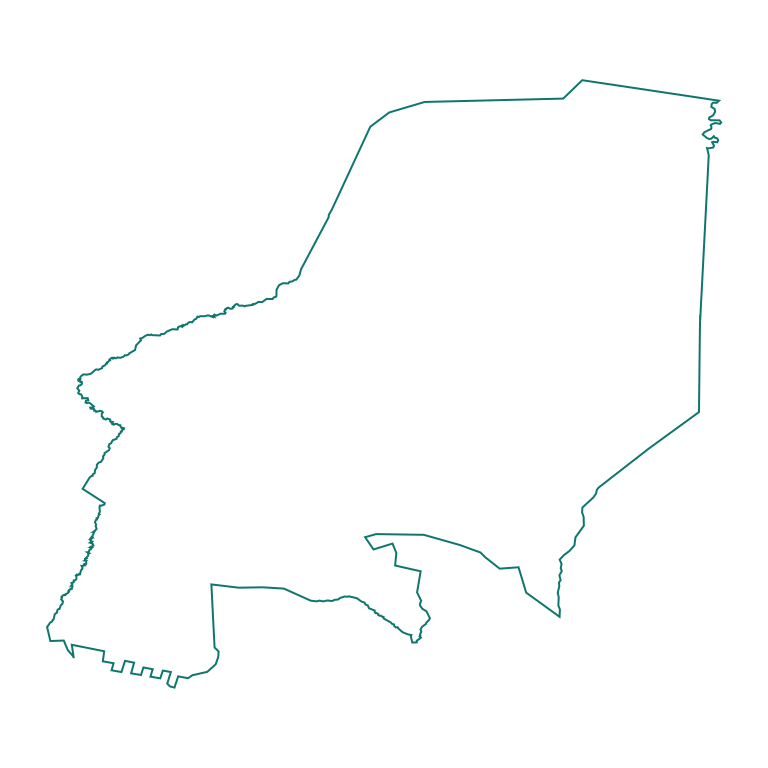 outline of Chibombo, Central, Zambia, rotated 91°
{"feature_id": "96606910B53104033004120", "entity_name": "Chibombo", "entity_type": "district", "adm_level": 2, "iso_a3": "ZMB", "parent_name": "Zambia", "parent_adm1": "Central", "projection": "equal_earth", "projection_center": [27.894, -14.857], "detail": "fine", "context": "isolated", "style": "outline", "palette": "teal", "viewbox_px": 768, "rotation_deg": 91, "n_neighbors": 0, "source": "geoboundaries", "source_scale": "gbopen_adm2", "svg_char_len": 6117}
<svg xmlns="http://www.w3.org/2000/svg" viewBox="0 0 768 768"><g transform="rotate(91 384 384)"><path d="M489.9,170.1L486.1,169.3L483.8,167.6L444.1,118.3L406.6,68.6L372.3,68.8L343.2,69.0L317.7,69.1L309.3,69.1L317.9,69.1L149.7,63.3L142.5,65.1L142.8,64.0L141.8,58.9L139.9,58.2L136.6,60.2L136.1,59.1L136.5,55.0L134.7,54.1L132.7,55.0L131.8,57.7L130.5,58.6L132.9,60.9L133.4,62.8L132.5,65.3L129.0,69.7L126.6,68.0L123.2,61.3L121.2,61.1L119.5,61.9L118.6,60.8L117.3,57.5L118.0,52.5L116.6,51.4L114.5,53.1L114.6,61.8L113.5,63.7L111.8,63.4L109.7,59.7L105.9,57.6L103.2,58.3L101.3,61.5L98.5,61.3L96.9,59.7L97.1,56.3L94.9,54.0L76.8,191.1L95.5,209.8L101.3,348.3L112.4,383.5L127.0,402.2L210.6,439.2L215.7,442.1L218.3,442.3L270.7,468.9L276.9,470.5L281.2,473.5L281.5,475.2L283.0,477.4L283.5,480.3L285.1,481.5L285.0,486.8L287.0,490.6L291.6,493.1L298.0,493.1L298.9,493.9L299.3,495.7L301.0,496.9L301.0,502.9L304.3,507.3L304.1,510.9L306.1,514.2L306.4,516.6L307.2,516.5L308.3,524.0L308.8,524.4L308.1,526.7L308.2,530.3L306.6,532.1L306.7,533.1L308.2,535.1L309.5,535.2L309.7,536.5L311.2,536.7L311.5,539.0L310.4,541.3L311.5,543.5L312.2,543.2L312.7,544.4L314.1,544.9L315.5,543.6L316.5,544.1L316.6,548.6L318.5,552.8L317.7,554.5L318.5,554.6L318.3,555.1L319.0,555.1L319.0,555.9L319.7,555.3L319.5,556.1L320.1,556.1L318.4,561.0L319.4,564.8L319.4,568.9L320.2,570.1L319.9,571.7L322.1,572.9L322.8,574.6L325.7,576.9L325.4,578.8L326.0,580.6L327.8,582.0L327.7,582.9L328.8,584.7L328.5,585.7L329.4,585.8L329.2,587.0L330.3,586.9L329.7,588.3L330.6,590.7L333.1,591.4L332.9,596.5L335.4,602.2L337.6,604.4L338.1,608.0L339.4,608.8L339.2,616.8L338.6,617.6L339.3,619.5L338.8,620.8L340.2,623.8L342.4,626.7L342.8,628.6L344.6,627.8L349.6,632.5L354.3,633.5L358.0,639.5L358.9,639.9L360.0,642.4L359.7,643.5L361.1,644.8L362.4,647.9L362.1,651.0L363.0,652.4L362.7,655.1L363.3,655.5L362.9,656.1L362.5,655.6L362.5,656.4L364.1,658.7L364.9,658.4L364.8,659.1L366.6,660.0L367.1,661.3L368.3,661.3L368.4,662.3L370.1,663.0L371.3,665.7L373.0,666.1L374.8,670.0L374.4,671.6L374.8,672.8L378.7,677.0L379.8,680.7L379.7,684.9L381.6,687.2L382.7,687.9L384.4,687.6L385.0,688.2L384.4,689.5L385.5,689.9L386.2,689.5L386.0,688.8L386.9,686.8L387.4,687.2L387.6,686.1L389.3,686.1L390.8,687.9L390.8,688.9L393.7,690.6L396.0,688.5L398.3,689.6L399.4,688.5L399.6,686.7L402.1,685.3L403.6,685.6L403.3,680.0L405.3,679.4L405.9,681.7L407.7,682.1L408.3,680.6L407.8,678.9L408.5,677.3L411.6,673.6L412.6,674.7L412.7,677.3L413.7,677.0L414.0,673.6L415.6,673.3L415.3,672.7L416.9,671.4L416.3,670.6L416.6,670.1L415.8,667.6L416.2,665.7L417.2,664.6L418.6,665.6L421.4,665.7L422.5,664.1L423.4,664.2L424.4,661.4L423.3,660.1L424.3,657.2L426.2,657.1L426.7,654.7L427.6,655.6L428.3,654.3L429.0,654.7L429.4,653.4L428.5,651.8L428.6,650.2L429.6,648.8L429.9,646.8L431.1,646.8L432.8,645.4L432.3,644.7L432.8,643.1L433.8,643.4L433.9,644.7L436.1,645.3L436.1,646.3L437.8,646.6L438.4,648.0L440.8,648.4L441.8,650.1L443.5,650.5L444.9,654.2L448.2,656.0L448.8,657.5L451.5,658.4L452.9,657.1L454.8,657.7L458.0,662.2L459.6,662.2L461.2,663.7L463.1,663.3L466.8,665.6L467.5,667.8L469.7,669.7L472.6,669.7L475.0,671.4L478.2,671.7L479.3,673.5L480.9,673.7L480.9,674.6L482.5,676.6L494.1,683.5L508.0,661.1L509.4,661.5L510.7,664.8L510.4,665.7L511.3,666.3L516.8,665.9L518.7,666.9L519.4,666.1L520.1,667.0L522.8,667.7L523.2,669.0L524.5,668.6L525.0,669.7L527.3,670.6L529.6,669.4L531.0,669.8L533.9,668.8L536.3,671.0L535.9,671.9L536.6,671.2L537.0,672.0L537.1,671.2L541.5,673.0L542.2,672.6L542.0,673.6L543.6,674.8L543.9,674.0L544.7,675.1L544.9,674.4L546.3,674.3L546.5,673.5L547.4,674.7L547.4,673.5L548.2,674.2L548.8,672.5L550.6,671.7L551.9,674.3L552.5,673.3L552.7,674.1L552.9,673.4L554.5,674.3L554.8,675.5L557.2,676.3L557.4,677.6L558.4,675.8L558.8,676.7L560.9,676.8L562.9,678.7L563.5,678.2L564.0,679.9L565.4,680.0L565.7,679.2L565.9,679.7L566.1,678.7L568.9,678.5L569.6,679.0L569.2,680.6L570.3,681.2L570.7,680.7L570.9,682.0L571.5,682.2L571.3,683.1L573.3,682.2L574.3,682.7L574.3,682.1L574.6,683.1L576.4,684.0L579.4,684.5L579.2,685.5L580.0,685.7L580.3,687.0L579.9,687.9L581.0,688.8L581.7,688.1L584.2,688.2L585.6,689.1L585.8,690.8L587.4,690.7L588.4,693.0L589.5,692.1L591.2,693.2L591.0,692.3L591.5,691.9L594.2,692.5L594.1,693.8L594.9,693.8L595.4,695.1L596.5,696.0L597.2,695.3L598.6,696.5L600.3,699.8L600.7,699.5L600.8,701.1L602.6,702.8L603.3,702.2L605.0,703.0L606.9,701.2L609.4,701.7L610.7,703.2L614.6,704.5L614.8,705.7L615.9,706.7L618.3,707.0L619.8,709.1L625.4,710.4L625.7,711.2L627.2,711.6L628.4,713.6L632.9,716.6L646.8,713.1L646.1,699.7L655.8,695.4L661.4,690.2L663.4,689.4L650.2,691.6L656.1,659.1L666.2,660.3L667.9,649.5L675.0,651.4L676.6,641.5L665.3,638.1L667.0,629.0L677.7,631.8L679.2,621.9L671.6,619.6L673.2,610.3L680.7,612.4L682.2,602.6L674.4,600.1L675.7,592.1L687.4,595.5L690.1,592.7L691.2,588.2L679.9,584.7L681.6,574.8L678.5,570.4L674.9,555.7L667.2,547.4L659.9,545.0L654.3,544.7L650.4,548.8L587.4,553.1L590.2,525.6L589.4,501.9L590.3,480.5L601.9,453.5L602.5,447.5L601.7,444.9L602.4,440.9L601.4,436.8L601.9,432.3L600.6,429.3L600.3,426.2L598.6,424.0L597.2,419.7L597.3,416.1L596.9,415.4L598.6,407.5L601.9,402.7L602.9,399.6L604.8,398.7L605.7,396.3L608.5,395.1L610.6,389.4L612.2,389.3L613.3,388.2L613.1,387.4L614.1,385.7L615.0,385.8L615.9,384.1L615.7,382.9L617.1,381.2L616.9,380.4L618.6,380.1L622.1,373.3L623.9,371.5L624.1,369.9L625.9,369.5L627.2,368.0L627.0,365.9L628.1,365.5L631.7,361.3L633.9,356.0L634.5,352.3L635.8,352.8L642.0,351.2L641.8,346.8L640.2,346.8L637.0,342.7L635.7,344.0L634.9,343.2L634.0,343.7L631.0,342.4L628.8,343.2L626.0,341.6L623.0,337.7L621.7,337.5L619.4,335.0L617.4,334.0L610.6,337.5L608.1,341.7L605.2,343.9L603.9,344.3L600.0,343.1L591.8,347.3L570.6,344.1L565.3,369.7L552.8,368.7L543.4,372.7L549.6,391.6L537.5,400.2L534.2,389.2L534.1,341.6L543.7,305.2L550.8,284.6L555.5,279.7L566.6,265.1L564.9,246.3L590.1,238.2L613.7,204.4L606.3,204.2L602.5,205.8L594.2,205.6L589.7,206.6L583.2,205.2L579.5,205.6L577.0,204.0L572.2,205.3L568.0,203.0L565.0,204.1L560.9,203.3L556.6,205.3L552.2,201.4L547.7,195.7L542.1,190.8L534.0,189.9L522.2,181.7L513.3,182.1L509.0,183.7L504.1,183.5L493.8,172.7L489.9,170.1Z" fill="none" stroke="#0f766e" stroke-width="2"/></g></svg>